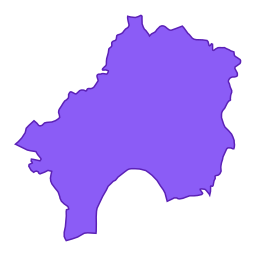 Phu Tho, Phú Thọ, Vietnam
{"feature_id": "81297802B95846226867008", "entity_name": "Phu Tho", "entity_type": "district", "adm_level": 2, "iso_a3": "VNM", "parent_name": "Vietnam", "parent_adm1": "Phú Thọ", "projection": "albers", "projection_center": [105.237, 21.414], "detail": "fine", "context": "isolated", "style": "filled", "palette": "violet", "viewbox_px": 256, "rotation_deg": 0, "n_neighbors": 0, "source": "geoboundaries", "source_scale": "gbopen_adm2", "svg_char_len": 4094}
<svg xmlns="http://www.w3.org/2000/svg" viewBox="0 0 256 256"><path d="M234.5,144.8L234.2,142.5L234.1,140.4L232.9,137.0L231.6,134.2L228.7,130.8L226.7,128.8L224.9,127.0L223.6,124.2L222.5,120.8L221.5,117.7L221.5,114.6L221.7,112.7L222.7,110.6L224.7,108.2L227.2,103.2L228.7,101.1L230.1,100.4L230.5,99.9L230.3,99.1L230.6,95.7L231.0,94.1L231.7,92.3L231.7,90.5L230.2,87.0L229.3,83.6L228.4,81.9L228.5,80.3L229.4,78.8L230.5,77.7L232.4,77.0L233.5,77.0L234.8,76.9L236.8,76.3L237.4,75.2L237.3,73.1L234.9,68.5L234.8,68.2L235.2,66.8L236.8,65.8L240.0,63.5L240.5,62.3L240.6,60.7L240.1,59.6L237.5,57.8L235.1,56.3L234.3,55.1L234.2,54.2L233.9,51.9L230.7,50.8L229.3,49.9L226.1,48.5L224.5,47.6L222.7,47.7L219.4,47.6L218.0,47.7L215.5,49.0L214.6,49.8L213.7,50.4L212.8,50.2L212.6,49.0L212.6,45.6L212.5,44.2L211.4,43.8L210.7,45.0L209.7,45.8L209.0,45.4L208.4,43.0L208.0,41.6L207.0,40.5L202.6,39.9L196.2,39.7L194.0,39.2L192.3,38.2L189.2,34.5L187.9,33.4L185.6,30.2L183.7,27.6L182.3,26.1L176.3,28.4L172.4,29.8L171.3,30.2L170.3,30.2L169.1,29.8L167.2,28.4L165.3,26.8L163.7,26.0L161.9,25.8L160.0,26.5L156.9,29.6L156.1,30.8L154.8,32.2L151.5,33.9L149.5,36.0L148.8,34.5L145.9,30.6L144.3,29.1L143.2,26.9L142.1,23.8L142.1,22.9L142.0,19.5L142.0,17.3L142.0,16.3L141.5,15.6L140.8,15.4L138.0,16.7L135.3,17.5L130.6,17.0L127.7,16.3L127.6,17.9L128.1,21.0L129.1,25.1L128.7,26.2L128.1,27.4L125.5,29.1L123.8,31.1L122.6,32.8L120.4,34.1L117.7,34.9L116.8,35.6L116.5,37.4L116.3,38.9L115.6,40.3L113.1,41.2L111.9,42.3L111.7,43.2L111.8,44.7L111.8,45.8L111.4,46.6L109.5,48.2L108.8,49.0L108.3,52.8L107.2,56.8L106.7,58.5L106.4,61.3L106.4,63.0L106.3,64.6L105.8,65.7L104.5,66.8L102.7,68.7L102.4,69.3L102.6,70.0L103.8,70.1L105.8,69.9L107.5,70.5L108.3,70.8L108.3,71.7L107.9,72.7L107.1,73.8L106.5,74.1L105.3,73.9L103.6,73.6L102.1,73.6L100.7,74.1L98.5,74.2L97.5,74.7L97.0,75.6L97.0,76.6L97.3,77.7L98.0,79.8L98.1,80.8L95.9,84.2L94.0,87.0L92.4,88.2L90.8,88.6L88.8,88.5L87.8,88.7L87.1,89.3L86.6,90.6L85.8,91.0L83.7,90.1L81.6,90.0L80.5,90.3L79.6,90.7L77.3,92.9L76.2,93.8L75.3,93.9L72.0,92.2L70.9,91.8L69.8,92.3L68.6,94.4L68.6,96.4L68.4,97.9L66.7,99.7L64.7,101.0L63.0,103.4L61.4,106.1L60.3,107.7L59.2,109.4L58.7,111.0L58.6,112.6L59.3,114.8L59.7,117.2L59.7,117.5L57.8,119.2L55.4,120.7L51.8,122.0L46.8,122.4L44.6,122.9L42.1,125.3L40.3,125.9L39.2,125.7L38.5,125.2L36.9,123.2L34.0,120.7L28.8,125.5L27.1,127.3L26.2,128.3L25.6,131.0L25.2,132.7L21.9,137.8L18.3,141.7L15.4,144.2L27.3,150.0L30.3,150.7L35.9,151.6L37.7,154.6L40.6,158.1L41.0,158.8L41.0,159.4L40.0,160.8L33.5,159.4L31.4,159.1L31.1,161.1L32.1,162.1L32.3,163.0L29.1,164.5L28.8,166.2L31.1,170.3L33.7,172.3L35.1,171.4L36.5,171.1L38.2,171.8L38.9,173.3L40.0,173.9L41.0,173.5L44.7,172.1L48.0,170.4L51.7,171.3L50.8,175.8L50.4,178.3L50.6,179.5L50.7,181.0L51.9,183.9L55.1,188.2L57.4,191.0L58.3,192.4L59.7,196.5L60.1,198.4L61.4,201.2L64.2,203.9L67.9,206.5L68.6,208.3L68.6,209.2L66.5,209.7L66.2,211.4L66.3,216.0L65.4,226.6L64.2,232.3L64.2,236.5L65.1,238.6L66.2,240.6L72.2,238.9L77.7,237.0L79.2,236.1L84.3,233.2L87.6,232.8L96.0,233.3L96.2,231.2L96.3,223.8L96.2,217.0L96.5,211.1L97.1,208.1L99.4,203.2L102.7,196.3L106.3,190.1L108.1,186.3L110.6,183.9L113.2,181.3L115.5,180.2L118.0,177.1L124.5,172.0L127.6,169.7L129.3,169.0L131.5,168.7L133.7,168.7L134.9,168.7L139.6,169.0L141.8,169.5L145.2,170.4L145.7,170.5L148.7,172.6L152.1,175.3L157.0,180.4L160.5,185.9L163.3,189.8L165.0,193.0L167.2,201.3L171.7,199.2L174.3,197.9L176.7,197.9L178.0,198.7L179.6,198.9L182.9,198.3L185.5,197.3L189.7,195.8L193.9,195.8L197.4,195.5L199.2,195.1L201.7,194.5L202.6,193.6L202.5,193.0L201.2,191.2L200.2,189.9L200.2,189.2L201.5,188.9L203.3,189.1L204.9,189.3L206.1,190.3L209.2,194.1L209.7,195.1L210.5,191.4L210.6,187.6L210.5,186.6L211.0,185.9L211.6,186.2L212.6,186.2L213.2,185.2L213.6,182.9L214.1,180.6L214.8,179.3L215.2,178.5L215.1,177.0L215.0,176.5L215.3,175.9L216.3,175.5L218.0,175.2L218.9,174.6L219.9,173.7L220.5,172.5L221.1,171.1L220.8,167.6L220.9,166.0L221.5,162.7L222.5,159.5L223.0,156.9L226.6,149.0L227.5,148.1L228.6,147.8L231.0,148.0L232.9,148.8L233.8,148.8L234.3,147.1L234.5,144.8Z" fill="#8b5cf6" stroke="#5b21b6" stroke-width="1.5"/></svg>